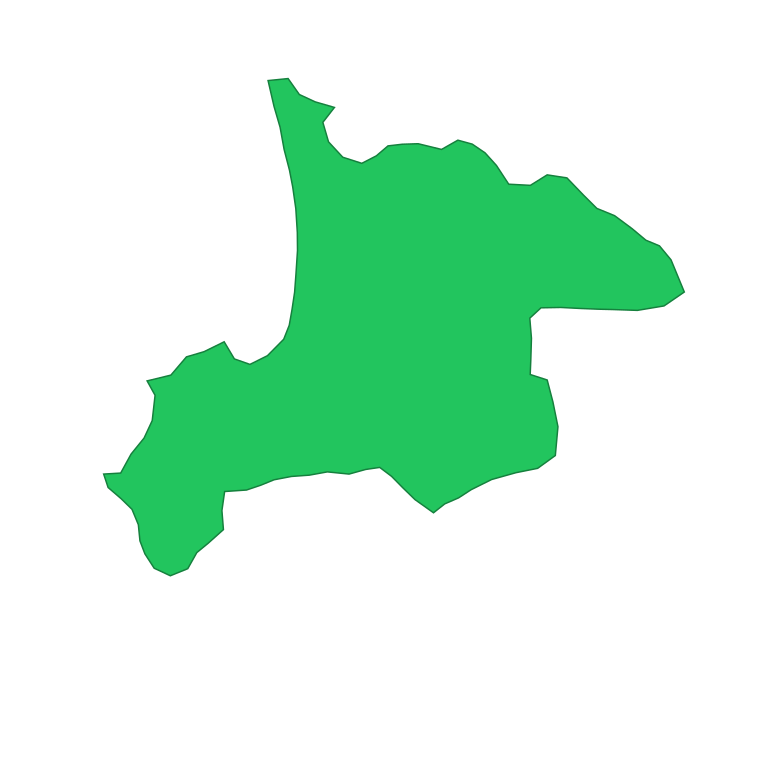 Itapema, Santa Catarina, Brazil, rotated 205°
{"feature_id": "56859067B84444933565418", "entity_name": "Itapema", "entity_type": "district", "adm_level": 2, "iso_a3": "BRA", "parent_name": "Brazil", "parent_adm1": "Santa Catarina", "projection": "mercator", "projection_center": [-48.63, -27.1], "detail": "fine", "context": "isolated", "style": "filled", "palette": "green", "viewbox_px": 768, "rotation_deg": 205, "n_neighbors": 0, "source": "geoboundaries", "source_scale": "gbopen_adm2", "svg_char_len": 1443}
<svg xmlns="http://www.w3.org/2000/svg" viewBox="0 0 768 768"><g transform="rotate(205 384 384)"><path d="M496.6,119.9L483.8,133.7L482.4,152.1L476.0,165.5L468.0,184.2L477.4,200.8L483.0,219.2L463.8,229.8L453.0,240.1L443.2,250.7L428.8,261.1L413.2,269.8L398.2,280.4L377.6,287.6L364.5,298.8L352.6,306.6L338.1,303.5L323.1,297.9L307.0,292.3L284.7,288.2L278.3,301.0L268.3,312.3L260.3,325.1L246.1,342.9L226.9,359.4L209.1,372.5L198.5,391.6L208.3,418.8L223.3,439.1L237.8,456.6L255.5,454.4L261.1,467.8L269.7,487.8L279.7,505.3L273.9,519.4L256.1,528.1L238.3,535.3L221.1,542.5L208.3,548.1L185.5,557.8L163.2,573.1L150.7,594.3L176.3,617.8L192.7,625.6L207.4,625.0L224.7,629.6L246.1,634.0L265.3,633.1L283.3,639.6L305.3,648.1L324.5,642.5L335.3,625.9L355.4,617.8L374.5,629.6L390.1,636.2L405.4,638.7L420.1,636.2L431.0,620.9L454.6,616.2L468.8,609.0L481.0,601.5L487.4,587.5L497.4,574.6L517.2,572.1L536.6,580.0L550.0,595.3L545.8,613.7L565.8,610.6L583.1,610.6L600.0,620.3L617.3,610.0L600.9,589.0L586.7,572.8L573.6,554.3L560.0,537.8L550.0,524.0L538.0,505.6L526.6,484.7L518.8,468.4L510.2,446.3L503.8,429.4L498.8,412.5L494.7,397.2L493.8,382.2L501.6,360.4L513.8,345.1L530.2,343.5L546.7,354.7L560.8,337.2L574.5,325.1L580.9,302.0L600.0,286.7L586.7,277.0L578.6,252.9L578.6,233.6L583.6,213.6L585.0,192.0L600.0,183.9L590.3,173.6L573.6,168.9L559.4,163.9L547.2,152.7L538.9,138.7L528.9,129.0L514.4,119.9L496.6,119.9Z" fill="#22c55e" stroke="#15803d" stroke-width="1.5"/></g></svg>